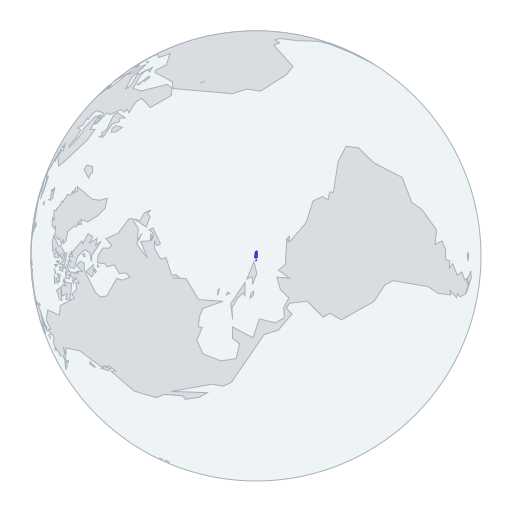 Puerto Rico highlighted on a globe, orthographic projection, rotated 275°
{"feature_id": "PRI", "entity_name": "Puerto Rico", "entity_type": "country or territory", "adm_level": 0, "iso_a3": "PRI", "parent_name": "North America", "parent_adm1": "", "projection": "orthographic", "projection_center": [-66.749, 18.235], "detail": "fine", "context": "on_globe", "style": "filled", "palette": "violet", "viewbox_px": 512, "rotation_deg": 275, "n_neighbors": 0, "source": "natural_earth", "source_scale": "50m", "svg_char_len": 9764}
<svg xmlns="http://www.w3.org/2000/svg" viewBox="0 0 512 512"><g transform="rotate(275 256 256)"><circle cx="256" cy="256" r="225" fill="#eef3f6" stroke="#a8b0b8"/><path d="M211.8,293.4L206.7,290.7L201.4,296.9L184.1,284.8L178.4,270.9L128.0,242.5L123.5,234.7L124.5,223.5L113.7,183.3L115.6,219.4L110.2,211.4L107.1,198.0L110.3,195.6L110.2,176.9L106.2,168.7L110.9,146.3L128.7,121.5L129.1,126.2L133.3,120.3L133.1,114.3L131.9,111.9L146.2,88.7L147.9,74.8L140.9,75.5L148.4,72.0L130.1,77.5L126.2,76.3L135.2,74.8L139.7,72.6L139.4,69.9L143.9,67.2L146.3,64.6L151.8,61.8L156.7,61.9L160.3,60.3L159.8,58.6L165.0,55.3L165.1,57.9L174.2,52.6L184.0,53.3L179.9,65.2L189.9,65.6L197.9,78.6L201.8,76.0L207.2,80.2L213.7,78.9L213.3,82.3L218.9,78.5L218.0,75.7L220.1,73.2L223.8,72.4L224.0,76.4L222.2,77.4L224.2,78.2L222.6,80.6L225.5,79.0L225.3,84.3L231.1,78.0L235.5,81.5L233.9,85.4L226.8,86.2L205.4,99.5L201.6,104.8L203.2,110.9L221.5,119.2L220.3,125.1L223.9,132.2L227.9,128.0L226.5,121.2L234.9,115.8L232.2,108.7L235.2,105.8L235.4,98.6L243.1,98.7L250.6,102.8L250.9,109.0L254.1,111.3L260.2,104.9L266.8,116.8L281.7,125.9L282.5,129.5L272.8,136.3L256.9,136.6L244.3,148.1L260.3,140.0L262.2,150.2L265.8,151.9L270.3,151.3L272.7,147.3L275.0,151.0L259.9,159.7L257.6,156.4L262.4,153.5L254.9,154.1L244.8,161.2L246.6,166.4L229.5,173.7L230.5,177.7L227.3,182.0L226.9,174.8L227.4,188.2L207.6,202.6L208.0,226.9L199.1,207.7L190.7,205.0L180.4,204.7L180.2,208.6L166.9,204.4L154.1,211.5L148.4,230.1L152.1,245.2L167.1,247.4L172.0,239.7L183.3,238.9L174.2,260.2L193.7,264.8L191.1,280.9L196.7,289.7L206.7,288.0L217.0,292.5L224.6,283.3L236.8,278.5L236.8,291.6L243.7,279.7L250.4,286.1L274.8,285.2L272.9,288.3L293.4,302.9L315.8,308.1L321.0,317.0L318.3,322.9L326.1,323.9L326.2,327.6L357.3,329.6L373.2,336.2L372.7,348.7L359.3,364.9L347.0,394.8L322.9,406.5L316.6,417.5L297.6,433.6L283.1,433.3L287.2,440.0L279.0,444.4L269.5,444.9L267.9,449.5L260.8,449.7L265.5,452.6L254.5,458.1L258.0,462.4L250.1,466.2L252.6,468.5L249.5,468.3L246.3,469.1L246.1,470.2L236.3,467.9L233.1,462.7L236.2,460.1L232.1,459.4L238.7,452.0L234.3,453.5L234.6,441.0L240.5,430.0L243.4,394.6L238.3,386.9L220.9,377.4L199.9,346.7L205.3,334.5L200.8,328.3L215.5,310.8L211.8,293.4ZM42.9,187.9L44.7,182.9L43.8,186.8L42.9,187.9ZM45.7,179.4L45.1,181.2L45.6,179.6L45.7,179.4ZM46.0,178.0L45.8,179.0L45.8,178.3L46.0,178.0ZM46.2,176.7L46.2,177.2L46.1,177.3L46.2,176.7ZM206.3,235.0L228.7,247.4L215.5,248.4L218.1,246.4L212.6,241.4L202.0,236.5L190.6,238.3L206.3,235.0ZM47.2,173.2L47.5,172.1L47.2,173.2ZM217.3,222.1L213.4,221.1L217.3,221.1L217.3,222.1ZM130.7,111.5L132.6,114.6L131.2,121.3L129.0,118.9L130.7,111.5ZM134.1,99.8L136.3,100.1L131.4,105.6L131.7,103.7L134.1,99.8ZM134.9,77.0L135.6,78.4L133.4,78.1L134.9,77.0ZM145.7,64.7L144.1,65.3L146.0,63.8L145.7,64.7ZM231.1,99.2L233.2,98.9L232.1,100.4L231.1,99.2ZM229.2,96.5L226.4,98.4L225.1,97.4L226.9,96.3L229.2,96.5ZM156.2,58.3L159.9,56.0L157.0,58.3L156.2,58.3ZM233.0,94.5L223.1,95.5L220.9,93.9L225.7,88.3L233.0,94.5ZM162.5,54.7L171.4,49.7L168.5,50.3L181.7,46.3L169.8,51.5L166.7,54.0L165.9,53.4L162.5,54.7ZM216.1,75.2L217.2,78.1L212.8,76.5L216.1,75.2ZM212.7,74.8L196.1,74.6L196.4,70.3L201.9,71.0L199.3,66.5L207.6,64.5L210.8,66.5L209.1,69.5L213.6,66.5L212.7,74.8ZM187.6,45.2L190.5,44.3L188.4,45.3L187.6,45.2ZM220.6,72.1L217.2,72.3L217.2,68.5L223.9,67.5L221.8,69.0L220.6,72.1ZM194.6,66.6L195.8,63.9L202.8,61.4L204.2,60.1L207.8,64.1L194.6,66.6ZM223.7,69.5L227.3,67.2L230.8,68.4L223.9,71.8L223.7,69.5ZM214.3,68.0L214.6,66.2L216.6,66.8L214.3,68.0ZM245.0,72.1L241.0,71.9L240.6,69.8L245.0,72.1ZM228.4,66.3L227.2,66.0L226.6,65.3L229.7,64.1L228.4,66.3ZM212.5,62.2L215.2,61.9L211.4,60.4L216.5,58.9L218.0,61.9L219.4,60.0L221.0,59.5L220.5,62.6L212.5,62.2ZM231.0,60.9L234.6,64.9L242.2,65.5L242.7,67.3L230.5,66.1L231.0,60.9ZM224.9,61.6L228.8,61.5L227.5,63.5L224.0,64.8L224.9,61.6ZM219.4,56.8L211.2,58.4L211.1,57.7L219.4,56.8ZM233.4,60.6L232.5,59.7L234.1,60.5L233.4,60.6ZM224.0,57.4L221.1,58.0L221.1,57.2L224.0,57.4ZM233.0,57.6L234.2,58.8L231.9,59.6L233.0,57.6ZM229.1,57.2L229.8,56.0L230.4,59.2L227.8,57.5L229.1,57.2ZM224.5,56.6L223.6,56.3L225.7,56.5L224.5,56.6ZM241.2,54.2L242.4,58.1L237.2,59.7L236.8,55.6L241.2,54.2ZM252.9,472.4L237.3,468.7L246.0,470.5L251.5,468.8L259.9,471.3L252.9,472.4ZM269.5,467.6L276.2,466.3L277.9,466.9L273.7,467.9L269.5,467.6ZM413.2,94.6L410.3,92.5L403.1,85.8L408.5,91.5L410.9,93.1L414.3,97.1L412.3,95.9L409.9,93.3L409.5,94.3L421.4,107.2L425.1,110.3L427.9,118.3L434.3,124.5L437.3,129.8L427.6,121.4L423.8,117.0L410.8,111.4L415.0,116.5L427.6,122.5L426.4,123.2L432.2,131.2L426.8,125.7L412.0,118.9L410.5,127.6L419.2,152.5L416.1,157.7L408.6,157.6L394.7,137.8L403.2,128.4L398.4,122.3L387.5,117.0L391.0,115.0L387.7,112.0L390.0,108.7L384.3,98.4L385.3,94.9L374.3,86.0L373.3,83.3L380.1,89.1L385.3,91.7L386.8,84.5L384.5,81.7L377.3,76.8L378.6,75.9L371.4,72.2L368.0,67.0L366.1,70.5L357.6,66.0L350.7,60.8L347.6,60.2L358.7,68.8L363.4,71.9L368.0,73.3L380.6,83.4L382.0,87.1L367.6,79.7L367.9,84.5L356.5,77.5L333.5,56.9L328.4,51.5L338.2,50.1L344.5,53.0L344.0,54.8L352.4,56.5L347.9,54.7L349.0,54.3L341.1,50.7L341.5,50.3L333.2,47.9L332.8,47.1L338.1,48.6L326.0,43.5L322.9,41.6L319.9,40.8L317.7,40.4L315.2,38.8L313.1,38.3L313.2,38.6L309.2,37.9L301.1,36.4L300.6,35.9L303.5,36.3L308.8,37.1L316.5,39.0L316.1,38.9L331.5,43.7L346.5,49.7L361.1,56.7L375.1,64.8L388.5,73.8L401.2,83.8L413.2,94.6ZM313.0,38.1L308.7,37.0L302.2,36.0L297.5,35.3L299.7,35.3L298.5,35.2L296.0,34.8L293.1,34.0L290.3,34.0L263.4,32.1L255.2,31.3L260.1,31.0L240.9,31.4L233.4,31.9L249.4,30.8L265.5,30.9L281.5,32.2L297.4,34.5L313.0,38.1ZM233.1,31.9L224.0,33.1L226.3,32.9L225.6,33.1L203.1,37.7L197.5,39.0L187.9,42.5L191.5,41.8L181.7,46.3L168.5,50.3L169.1,49.5L160.4,53.2L163.0,51.2L161.1,51.7L163.1,50.8L174.9,45.8L175.0,45.8L193.9,39.4L213.3,34.8L233.1,31.9ZM451.2,143.5L448.9,139.8L451.4,143.9L458.8,157.9L465.2,172.3L470.5,187.2L474.8,202.4L478.0,217.8L480.2,233.5L481.2,249.2L481.1,265.0L479.9,280.7L477.6,296.3L474.3,311.8L469.8,326.9L464.3,341.7L457.8,356.1L467.4,331.0L473.2,312.1L475.4,300.0L474.1,277.7L474.8,260.9L473.1,256.1L470.4,261.1L467.8,255.4L465.7,257.3L448.1,276.2L439.3,270.5L420.7,246.2L421.5,232.0L415.6,218.5L415.6,158.8L422.3,157.5L430.0,139.5L432.1,139.4L438.5,150.1L450.1,152.6L445.2,141.7L448.4,140.2L445.9,134.9L432.2,115.6L436.2,123.9L429.7,117.2L420.7,103.4L416.9,98.4L429.6,112.4L441.0,127.5L451.2,143.5ZM423.5,185.4L425.4,189.7L423.5,185.4ZM275.6,285.0L278.5,287.5L274.6,287.7L275.6,285.0ZM213.5,253.8L218.3,254.3L220.8,256.5L217.0,257.0L213.5,253.8ZM254.7,254.9L260.3,256.0L254.4,257.1L254.7,254.9ZM232.2,249.0L250.2,254.5L238.6,258.3L227.3,255.0L235.2,254.0L232.2,249.0ZM214.6,229.8L217.6,230.9L216.5,233.3L214.6,229.8ZM220.2,222.3L219.0,222.4L217.6,220.4L220.2,222.3ZM263.1,149.6L264.3,149.1L268.8,149.3L266.6,151.1L263.1,149.6ZM289.5,141.2L292.6,147.4L288.8,143.9L286.3,147.0L275.3,144.1L282.4,131.2L281.1,137.3L289.5,141.2ZM262.5,137.5L268.7,140.2L261.6,137.8L262.5,137.5ZM366.6,101.1L370.4,101.5L373.8,105.5L372.5,111.7L367.4,105.8L366.6,101.1ZM374.9,101.2L360.9,93.1L361.2,89.5L363.4,92.8L365.0,91.2L368.9,96.2L382.8,101.4L386.8,105.4L382.2,113.6L381.5,108.4L377.9,108.1L374.9,101.2ZM324.8,84.6L318.8,82.6L327.1,77.1L331.8,79.7L330.8,85.5L324.7,86.0L324.8,84.6ZM243.3,85.1L240.4,85.9L240.4,84.6L242.8,83.0L243.3,85.1ZM243.2,72.2L255.7,81.0L253.1,82.2L263.6,86.8L260.7,91.8L254.0,88.5L259.7,96.2L252.5,95.3L257.1,100.4L242.4,92.4L236.2,92.4L244.3,90.4L247.1,85.7L246.4,83.7L239.8,78.1L227.8,76.3L228.6,72.0L232.4,69.4L235.5,69.1L234.0,71.9L239.1,69.6L239.2,73.5L243.2,72.2ZM276.5,50.0L273.5,51.9L283.8,50.7L284.0,53.4L285.2,53.1L288.2,55.5L293.9,58.1L292.9,59.3L295.5,59.9L297.6,61.7L300.9,62.9L300.3,65.8L304.3,67.7L301.7,68.0L308.7,70.6L303.3,70.1L305.4,72.8L309.6,71.9L298.4,87.5L297.9,95.5L300.6,102.8L290.8,101.7L282.1,94.5L275.3,85.4L277.2,78.3L272.4,79.5L271.9,76.5L275.8,76.8L269.4,74.7L270.1,72.5L264.0,66.3L254.3,65.3L251.9,63.3L256.0,62.6L250.7,61.2L256.8,58.7L255.1,57.3L259.5,53.8L268.4,53.8L265.9,52.3L269.1,50.0L276.5,50.0ZM242.7,53.2L253.2,51.8L258.5,52.8L248.6,58.6L249.3,60.2L243.2,64.6L235.6,63.2L238.1,62.0L238.7,60.5L240.8,61.5L239.6,59.7L242.9,58.1L242.8,56.3L246.3,56.3L242.7,53.2ZM430.1,134.2L431.0,133.3L431.4,131.0L435.0,136.4L430.1,134.2ZM420.3,129.6L420.4,127.9L425.8,133.7L424.8,134.8L420.3,129.6ZM415.9,122.4L420.0,127.4L417.3,125.4L415.9,122.4ZM379.8,87.6L379.4,85.8L381.1,86.7L383.4,89.0L379.8,87.6ZM307.1,49.4L304.5,49.7L303.3,49.2L295.5,48.3L294.7,46.6L299.1,46.4L307.1,49.4ZM435.4,120.0L438.8,124.8L438.0,123.9L437.0,122.4L435.4,120.0ZM438.9,130.7L440.3,130.3L439.9,132.2L438.9,130.7ZM305.0,47.4L301.8,47.1L303.4,46.4L305.0,47.4ZM293.7,45.3L294.8,44.4L293.7,46.3L293.7,45.3ZM294.0,36.3L305.8,39.0L313.8,40.7L317.5,40.9L317.3,42.2L305.0,39.5L294.0,36.3ZM267.3,32.4L264.1,32.9L262.0,32.5L262.5,32.3L267.3,32.4ZM267.7,32.9L270.2,34.1L266.2,34.3L265.0,33.2L267.7,32.9ZM288.1,39.4L291.6,40.2L290.2,40.7L288.1,39.4ZM189.6,44.1L190.4,44.2L188.0,44.8L189.6,44.1ZM227.1,32.9L225.8,33.3L223.1,33.6L227.1,32.9ZM220.8,34.6L224.7,34.0L220.7,34.8L220.8,34.6ZM233.5,32.8L226.4,33.9L232.9,32.7L233.5,32.8Z" fill="#d9dde1" stroke="#a8b0b8" stroke-width="1"/><path d="M258.3,255.2L258.5,255.2L258.4,255.1L258.5,255.1L259.2,255.2L259.7,255.3L260.2,255.4L260.2,256.0L259.9,256.2L259.6,256.4L259.4,256.7L258.9,257.0L258.3,257.1L257.9,257.1L257.7,257.1L257.3,257.1L256.9,257.0L256.6,257.0L255.9,257.0L255.7,257.1L255.4,257.1L255.2,257.1L254.5,257.1L254.3,256.9L254.4,256.3L254.4,256.0L254.3,255.8L254.2,255.7L254.3,255.4L254.4,255.2L254.5,255.0L254.6,254.9L254.8,254.9L255.8,255.0L258.1,255.0L258.3,255.2ZM260.9,256.5L260.7,256.5L260.4,256.4L260.8,256.3L261.2,256.3L261.4,256.3L260.9,256.5ZM251.8,256.7L251.7,256.7L251.6,256.4L251.8,256.4L251.9,256.5L251.8,256.7Z" fill="#8b5cf6" stroke="#5b21b6" stroke-width="1.5"/></g></svg>